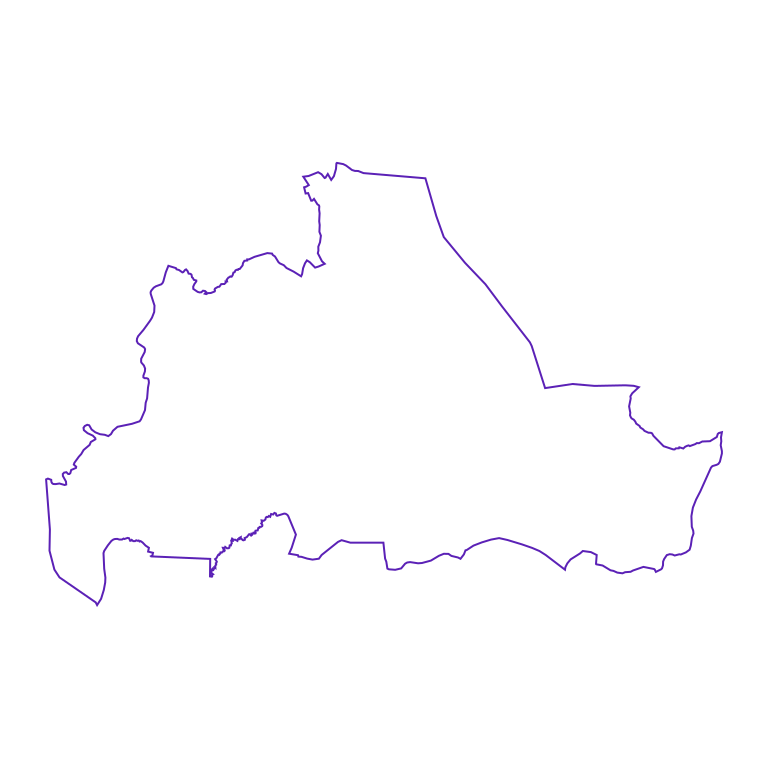 Tha Luang, Lop Buri, Thailand (orthographic projection)
{"feature_id": "78962969B70525804812595", "entity_name": "Tha Luang", "entity_type": "district", "adm_level": 2, "iso_a3": "THA", "parent_name": "Thailand", "parent_adm1": "Lop Buri", "projection": "orthographic", "projection_center": [101.191, 15.069], "detail": "fine", "context": "isolated", "style": "outline", "palette": "violet", "viewbox_px": 768, "rotation_deg": 0, "n_neighbors": 0, "source": "geoboundaries", "source_scale": "gbopen_adm2", "svg_char_len": 6081}
<svg xmlns="http://www.w3.org/2000/svg" viewBox="0 0 768 768"><path d="M46.1,479.4L49.9,529.5L49.5,550.7L54.4,569.6L59.5,577.4L95.7,602.4L97.1,605.1L101.1,598.8L103.8,590.0L105.2,582.5L105.4,577.6L104.2,568.8L103.5,553.1L104.2,550.9L107.9,545.3L111.4,540.9L113.4,539.5L115.0,539.0L117.3,538.9L119.2,539.5L122.1,539.5L123.5,538.6L124.4,539.0L127.6,537.9L129.0,538.2L130.2,540.8L131.1,540.6L131.7,539.9L133.2,541.1L135.1,541.1L136.2,540.3L137.4,540.8L138.7,540.5L139.5,541.5L140.6,541.1L142.6,542.5L145.6,545.6L148.9,547.8L148.1,551.6L153.0,552.8L152.4,555.5L151.0,556.2L151.2,556.4L210.2,558.9L210.0,576.4L211.9,576.7L212.2,576.3L212.0,575.0L213.1,574.3L211.4,573.0L211.4,570.1L212.3,569.0L212.7,570.3L213.2,570.2L214.2,568.5L214.1,567.2L214.6,567.1L215.4,567.8L215.3,565.5L216.2,564.7L215.8,563.2L216.5,562.7L216.8,561.6L215.1,559.1L216.3,558.3L218.2,554.9L219.2,554.9L219.4,553.8L220.2,553.7L220.5,552.4L221.8,552.6L222.8,551.4L223.9,551.4L224.7,550.7L224.7,550.1L223.6,549.5L222.9,547.8L224.7,547.9L225.2,546.9L227.0,548.3L228.7,548.2L229.3,547.8L229.7,545.4L230.9,545.4L231.1,544.3L231.8,543.4L231.3,540.9L232.6,540.9L231.8,539.3L232.1,538.6L233.6,539.8L235.2,539.7L237.4,540.9L237.9,539.2L239.3,539.2L239.2,538.0L240.7,537.2L240.5,538.6L241.4,538.7L242.7,540.1L243.6,540.3L244.9,539.7L244.6,538.1L246.8,537.1L249.1,534.2L249.7,534.2L251.1,535.6L252.0,534.9L251.7,533.6L253.0,533.6L253.4,532.7L253.8,532.7L254.2,533.6L255.5,533.4L255.7,532.8L255.1,531.9L255.5,530.7L257.7,530.4L258.3,528.0L259.4,527.8L259.6,526.9L261.2,526.8L262.2,526.1L262.4,525.0L261.2,523.4L262.0,522.7L261.6,520.4L263.7,520.8L265.4,519.5L265.8,517.6L266.6,516.9L267.8,517.1L268.8,516.0L270.2,516.8L271.1,514.0L273.2,514.5L274.4,512.9L275.9,513.5L276.3,515.3L277.1,515.8L284.2,513.6L285.7,513.8L287.4,514.9L288.3,516.2L295.9,534.6L291.7,547.7L289.1,553.7L298.0,555.2L298.4,556.6L301.4,556.8L307.2,558.6L312.5,559.6L318.9,558.7L321.6,555.0L338.0,541.9L341.6,540.2L350.5,542.7L383.4,542.7L385.1,558.6L386.3,561.7L387.4,568.6L388.9,569.3L395.2,569.8L401.2,568.4L405.1,563.7L407.2,562.5L410.1,562.1L418.1,563.3L422.0,563.0L430.9,560.6L438.9,555.8L443.8,553.8L448.5,553.9L451.4,555.9L458.0,557.5L460.5,558.8L463.9,554.4L465.5,550.3L466.6,550.1L473.5,545.6L481.8,542.4L491.0,539.6L499.1,538.1L507.5,540.0L522.0,544.4L532.1,547.9L539.4,551.0L545.7,555.0L565.0,569.7L565.4,567.2L567.3,563.4L570.6,559.4L580.1,553.4L582.8,551.0L590.9,552.1L596.7,555.0L596.0,563.9L596.3,564.3L602.6,565.5L610.5,570.3L613.5,570.9L617.3,572.6L622.5,573.3L625.1,572.2L630.6,571.8L633.0,570.5L643.4,566.9L654.0,569.0L654.7,569.5L655.9,571.9L661.1,569.3L662.0,568.4L663.0,565.3L663.1,561.6L664.1,559.1L666.8,555.1L669.7,554.2L672.4,554.5L674.7,555.5L679.3,554.3L680.8,554.5L685.9,552.4L689.6,549.7L690.8,545.7L691.9,538.1L693.5,533.6L693.2,530.7L691.8,526.8L691.4,516.1L692.9,507.6L696.1,499.5L700.3,491.4L711.0,467.6L712.4,466.1L716.7,464.8L718.4,463.9L719.9,461.7L721.9,453.5L721.9,451.1L720.7,445.2L721.3,441.3L721.0,437.4L721.9,432.2L718.9,433.0L717.8,433.9L716.8,437.0L710.0,441.2L702.3,441.5L699.0,443.2L696.8,443.1L695.3,444.1L689.8,446.1L688.7,445.4L687.2,445.8L685.1,446.8L683.3,448.5L679.3,447.3L678.9,448.3L675.7,448.4L674.7,449.4L673.2,449.4L663.6,446.2L653.4,435.8L652.1,433.4L650.9,432.8L648.4,432.7L644.5,430.9L643.1,429.3L640.3,427.5L639.6,426.0L636.2,423.6L635.3,421.6L633.8,419.7L631.6,418.4L630.9,417.4L630.0,415.3L630.3,412.8L629.1,406.4L630.7,398.5L630.4,396.3L632.2,393.3L638.8,387.2L633.7,385.8L625.3,385.3L594.6,385.9L572.5,384.0L545.1,388.1L531.7,346.0L529.9,342.3L502.0,306.4L485.4,284.2L465.0,262.8L443.8,237.1L436.3,216.1L425.4,178.3L363.5,173.1L358.2,171.0L354.9,170.9L352.0,170.0L346.0,165.5L343.2,164.1L336.9,162.9L336.4,163.4L336.0,168.9L333.9,176.2L331.2,179.9L327.8,174.0L325.5,177.7L324.6,178.0L321.5,174.2L318.1,172.2L308.6,176.0L303.3,176.7L308.8,185.1L306.3,186.6L304.1,187.3L305.6,193.5L308.1,193.1L311.2,200.7L312.4,200.6L314.0,198.9L317.4,204.3L319.0,205.4L319.3,206.4L319.1,209.6L319.6,213.3L319.2,221.3L319.7,225.0L319.4,231.8L320.9,235.7L320.0,242.3L318.3,246.7L318.4,250.7L317.8,253.2L322.0,261.3L324.7,263.8L318.6,266.5L315.1,267.6L309.8,262.2L306.9,260.4L305.0,263.3L303.1,268.2L302.1,274.1L301.1,276.3L293.6,271.6L286.5,268.0L283.8,265.2L279.9,263.4L278.5,262.2L275.0,256.5L272.7,254.9L272.1,253.6L267.3,253.1L254.6,256.8L248.9,259.4L247.2,259.4L247.2,260.5L244.4,260.8L243.0,263.1L242.6,265.4L239.7,269.0L238.4,269.0L237.9,269.9L236.5,269.8L235.4,270.5L234.6,272.2L233.4,272.6L232.6,275.3L231.6,276.7L230.3,276.4L229.6,277.1L228.5,277.5L226.7,279.7L227.1,281.4L225.6,281.4L225.8,282.6L224.4,284.0L221.2,284.1L219.4,286.7L217.8,286.9L215.0,288.6L214.6,289.5L215.0,290.8L214.6,291.5L210.8,293.0L208.1,293.1L206.2,294.1L204.8,293.7L206.2,292.1L205.0,291.0L203.0,290.7L201.3,292.3L199.5,292.4L197.7,291.9L193.3,288.9L193.2,286.7L194.3,284.2L196.3,281.4L196.3,280.5L193.8,279.8L192.9,278.0L192.0,277.3L191.5,274.7L190.6,273.9L188.6,273.6L187.6,271.1L186.1,269.4L185.1,269.9L183.3,272.1L182.4,272.4L179.0,270.0L176.5,269.3L175.9,268.1L168.4,265.8L165.8,272.3L163.3,281.5L162.5,283.1L161.3,284.3L155.9,286.3L153.7,287.7L151.3,290.6L150.6,292.2L150.7,293.8L154.5,305.6L154.2,312.0L152.0,317.6L150.1,320.7L143.5,329.8L138.1,336.2L137.0,338.7L136.8,341.1L137.9,343.3L144.2,347.5L145.1,349.1L144.7,352.0L141.2,358.7L141.1,361.4L141.3,362.5L143.9,365.5L145.1,368.6L144.9,371.5L143.4,375.6L143.4,377.4L144.7,378.2L146.7,378.2L148.1,378.8L148.7,380.3L148.9,382.8L148.0,387.5L147.1,398.4L145.7,402.7L145.0,410.1L141.0,419.4L139.6,421.3L132.0,423.8L117.5,426.8L113.0,430.7L111.0,434.1L108.3,436.1L104.8,434.8L100.0,434.2L95.3,432.3L91.6,429.5L89.2,425.3L87.2,424.8L84.8,426.0L83.5,427.8L83.9,430.2L87.6,433.2L92.8,435.6L95.3,438.2L95.4,439.3L90.8,442.0L89.6,444.9L83.6,450.0L81.2,454.1L78.9,456.6L74.4,462.8L73.8,464.6L76.2,466.7L76.0,467.9L71.2,470.0L70.3,473.2L69.3,474.0L68.2,474.0L66.4,472.2L64.1,472.6L62.8,474.0L62.9,476.0L66.0,481.6L66.2,484.5L64.7,485.0L59.4,483.5L55.7,484.1L53.3,484.0L52.2,483.3L51.4,481.9L51.2,479.8L47.9,478.6L46.1,479.4Z" fill="none" stroke="#5b21b6" stroke-width="2"/></svg>